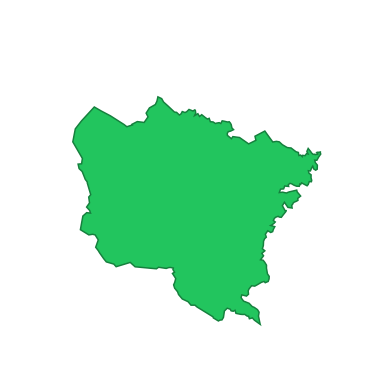 the district of Agloi Vavatsinias, Larnaca, Cyprus, rotated 305°
{"feature_id": "46923920B2556379432135", "entity_name": "Agloi Vavatsinias", "entity_type": "district", "adm_level": 2, "iso_a3": "CYP", "parent_name": "Cyprus", "parent_adm1": "Larnaca", "projection": "equal_earth", "projection_center": [33.198, 34.889], "detail": "fine", "context": "isolated", "style": "filled", "palette": "green", "viewbox_px": 384, "rotation_deg": 305, "n_neighbors": 0, "source": "geoboundaries", "source_scale": "gbopen_adm2", "svg_char_len": 3620}
<svg xmlns="http://www.w3.org/2000/svg" viewBox="0 0 384 384"><g transform="rotate(305 192 192)"><path d="M155.3,83.6L151.8,85.4L149.5,82.7L146.4,86.1L145.8,90.3L141.1,97.4L140.2,100.3L139.2,101.2L131.7,110.6L128.6,110.3L127.1,111.7L124.3,114.3L119.2,114.3L118.2,118.7L116.5,121.0L114.7,117.6L109.7,116.4L97.1,122.2L97.7,132.1L100.4,134.9L101.3,137.3L99.0,142.7L91.5,144.8L90.2,148.9L89.2,151.1L86.7,158.0L85.6,161.9L88.1,169.3L87.3,172.7L98.9,181.8L98.1,188.3L108.7,206.9L111.2,207.8L114.6,214.7L116.8,216.3L117.8,217.6L119.0,220.3L117.5,220.9L116.3,223.7L114.1,222.7L111.8,228.3L108.0,229.7L105.4,230.2L103.3,232.9L102.0,237.4L100.3,239.8L98.8,245.4L99.9,251.7L98.7,256.1L101.0,259.3L100.7,262.1L101.8,280.8L101.1,281.7L101.5,287.6L103.1,288.4L104.4,289.9L107.3,289.7L113.1,286.8L117.0,287.5L117.9,290.5L117.1,292.2L118.0,294.2L119.8,295.1L117.8,297.6L119.7,302.0L120.7,303.7L122.0,305.4L122.0,308.4L122.7,309.6L121.1,311.7L123.5,313.7L122.8,316.6L122.7,323.8L123.1,323.3L128.5,317.6L132.0,315.9L133.2,313.1L133.2,309.2L132.7,307.0L133.6,302.6L132.2,296.8L133.6,292.8L136.3,291.8L138.0,296.3L140.7,296.9L143.3,294.7L145.5,294.3L149.4,294.6L150.9,297.4L153.3,298.6L157.9,300.7L160.1,302.4L159.7,304.0L162.4,305.7L165.0,305.0L167.2,303.6L168.2,300.8L172.3,296.7L174.8,295.0L176.2,291.8L176.9,289.4L175.8,287.0L180.8,287.2L181.8,284.4L185.6,285.4L185.9,282.2L189.0,281.2L192.8,278.8L195.5,278.3L197.6,278.8L199.5,276.3L203.7,276.3L204.0,279.7L205.8,280.8L208.0,280.1L211.1,279.7L209.7,275.7L211.1,276.4L213.6,277.2L215.2,277.4L215.3,275.0L217.6,274.6L219.3,275.0L221.5,276.5L221.5,277.8L222.5,279.7L225.2,279.8L230.0,280.1L230.7,279.8L230.1,279.0L232.6,273.9L236.6,273.6L234.4,279.4L236.3,283.2L238.3,281.3L239.4,281.5L240.9,281.2L242.5,281.6L243.7,282.5L245.9,283.6L247.4,282.3L251.0,283.3L252.4,278.1L253.6,276.7L250.1,273.6L247.9,271.6L246.8,270.8L245.4,270.0L244.7,268.5L243.9,266.4L241.6,263.8L245.1,262.9L247.1,265.3L250.1,264.5L252.0,268.0L253.2,266.7L255.3,267.3L255.9,269.1L256.0,271.2L256.7,274.3L258.2,276.6L260.4,275.8L260.5,276.7L262.3,276.5L263.1,282.7L264.8,282.9L267.8,282.1L268.9,283.9L270.2,283.4L272.0,281.3L274.4,279.7L274.5,277.0L276.2,275.1L277.2,276.9L280.7,276.1L282.4,276.1L280.7,278.4L280.8,280.8L282.5,281.5L285.9,279.3L286.8,276.2L288.5,274.2L289.6,276.1L293.2,275.7L296.9,275.7L297.7,274.7L298.4,274.2L297.2,273.0L296.3,271.7L295.7,271.6L295.9,272.4L295.4,273.1L294.9,273.4L293.9,272.0L293.2,271.4L293.3,270.8L292.3,269.6L292.6,267.4L293.1,266.3L294.3,262.2L291.2,262.8L289.7,265.3L289.2,263.8L286.7,263.8L285.4,261.5L284.2,262.0L284.5,259.7L283.2,258.6L284.8,257.0L285.4,256.5L284.6,254.0L284.9,247.9L284.0,246.4L283.0,244.4L282.6,238.9L283.1,235.2L283.1,234.6L281.9,232.1L279.3,229.5L281.7,222.4L283.7,216.7L273.8,211.6L271.0,214.7L263.9,210.8L263.9,199.7L260.8,193.7L258.3,193.7L258.5,190.6L258.7,188.5L260.2,187.3L262.2,187.1L264.0,188.7L266.9,190.3L267.4,187.9L269.6,185.6L270.5,183.9L270.9,182.2L269.8,181.1L268.6,178.1L267.6,175.9L264.6,176.3L264.4,174.5L262.5,172.6L261.5,171.8L261.5,169.1L260.1,166.7L262.2,163.8L260.6,162.8L260.6,160.3L260.8,157.3L260.9,155.6L258.2,154.8L259.5,151.9L256.1,150.3L258.8,149.8L260.9,147.8L260.7,147.0L258.9,146.4L257.9,142.2L254.7,141.6L253.1,140.7L252.3,137.9L249.7,138.2L247.8,137.5L248.4,133.7L247.4,131.8L248.7,122.9L249.4,117.1L251.1,113.6L250.4,109.5L246.2,111.2L242.6,111.8L236.5,108.9L230.3,109.2L228.3,112.9L221.5,112.9L218.3,106.8L213.0,104.0L212.7,104.7L208.1,101.2L208.3,97.6L207.6,81.5L206.3,71.2L205.6,63.2L186.8,60.7L176.8,60.2L164.7,65.6L156.6,83.0L155.4,83.6L155.3,83.6Z" fill="#22c55e" stroke="#15803d" stroke-width="1.5"/></g></svg>